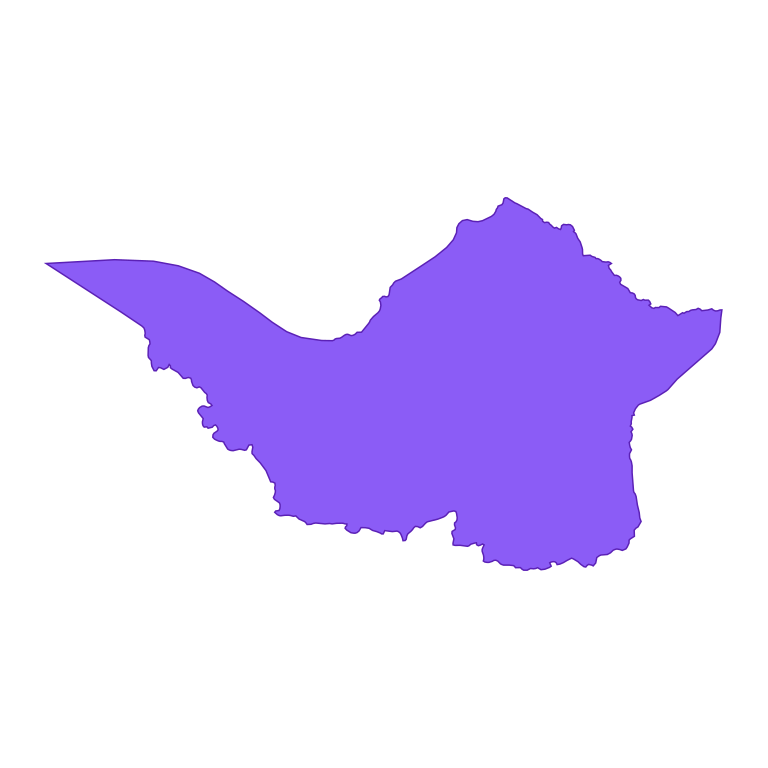 outline of Nyakach, Nyanza, Kenya
{"feature_id": "3690345B60685501176062", "entity_name": "Nyakach", "entity_type": "district", "adm_level": 2, "iso_a3": "KEN", "parent_name": "Kenya", "parent_adm1": "Nyanza", "projection": "mercator", "projection_center": [34.915, -0.319], "detail": "fine", "context": "isolated", "style": "filled", "palette": "violet", "viewbox_px": 768, "rotation_deg": 0, "n_neighbors": 0, "source": "geoboundaries", "source_scale": "gbopen_adm2", "svg_char_len": 6131}
<svg xmlns="http://www.w3.org/2000/svg" viewBox="0 0 768 768"><path d="M641.1,521.5L639.8,518.0L639.2,512.5L637.4,505.0L636.1,496.5L635.2,494.0L633.9,492.3L633.5,490.6L632.1,472.7L632.1,465.8L631.4,461.9L630.7,460.0L629.7,458.3L629.5,456.2L629.5,453.7L631.5,449.8L630.3,447.6L629.7,445.4L629.2,442.4L630.6,440.8L631.5,439.3L632.2,435.4L631.9,433.7L631.0,431.8L632.9,429.2L631.7,427.1L630.3,426.1L631.3,423.8L631.2,421.6L632.0,417.5L632.0,415.6L634.3,415.1L633.6,412.9L635.4,408.8L638.3,405.1L639.7,404.2L650.5,400.3L659.2,395.4L666.3,390.9L668.0,389.5L677.2,379.1L711.8,348.9L715.3,343.9L716.0,342.3L719.8,332.4L720.8,318.1L721.9,309.9L719.9,310.0L717.7,310.8L715.6,311.0L713.5,310.2L711.8,308.8L707.9,310.0L701.8,310.7L700.1,309.1L698.1,308.3L696.1,309.5L692.2,309.9L690.5,310.4L688.9,311.5L686.6,311.6L684.0,313.3L682.6,312.7L677.9,315.6L675.2,312.5L668.6,308.1L666.5,306.9L660.5,306.3L659.0,307.6L655.3,307.5L654.0,308.4L651.8,307.8L649.0,305.2L650.8,303.9L649.7,301.5L648.3,300.1L644.8,300.2L643.4,299.5L641.2,300.5L637.7,299.8L636.4,299.0L635.5,297.6L635.2,295.4L634.2,293.9L632.5,293.0L630.3,292.7L627.8,288.5L620.6,284.3L619.7,282.3L620.9,280.4L620.8,278.3L619.6,276.9L618.1,275.9L616.5,275.3L614.4,275.4L611.7,271.8L610.5,269.7L609.2,268.4L608.4,265.4L611.4,263.5L609.9,262.4L608.2,261.8L606.0,262.1L602.2,261.6L601.1,260.5L599.5,259.4L597.8,258.6L596.0,258.6L595.1,257.4L591.8,256.4L590.2,255.2L583.3,255.7L582.6,254.1L582.5,249.6L582.1,247.7L580.2,241.9L577.7,238.2L576.0,233.8L574.9,232.6L573.5,231.6L574.4,230.3L572.5,226.5L570.4,224.8L568.5,224.5L566.6,224.8L563.5,224.4L561.6,225.8L561.2,228.0L560.5,229.5L558.5,228.8L556.5,227.4L554.4,228.1L552.6,226.8L551.4,225.4L549.8,224.2L548.6,222.5L546.8,222.2L544.5,222.6L542.6,221.3L542.5,219.5L540.8,218.5L537.1,214.7L532.7,212.2L528.1,209.1L526.1,208.6L516.9,203.7L514.9,202.9L507.2,197.9L505.2,197.8L503.9,198.8L503.1,202.9L501.9,204.7L498.1,206.1L497.4,208.0L496.3,209.4L495.8,211.3L494.0,214.3L491.4,216.4L482.5,220.7L478.0,221.7L472.8,221.3L467.2,219.6L462.4,220.6L458.9,223.7L456.9,227.6L456.5,232.8L453.3,239.8L446.6,247.5L435.1,256.8L421.8,265.6L401.3,279.0L395.5,281.2L393.7,283.0L392.7,284.8L390.2,287.4L389.1,294.7L387.9,296.6L386.1,296.9L384.5,296.3L382.6,296.5L381.7,297.7L380.1,298.8L379.3,300.2L380.4,301.9L380.9,305.4L380.2,309.2L379.4,311.0L377.9,312.8L373.5,316.5L370.3,320.2L369.5,322.2L368.2,324.0L361.5,332.2L357.1,332.3L355.2,334.2L353.1,335.3L351.1,335.6L347.8,334.3L346.2,334.4L344.5,335.2L341.6,337.3L339.9,338.2L336.6,338.5L335.1,339.0L334.0,340.1L332.4,340.7L321.6,340.5L301.1,337.5L286.7,331.7L272.3,322.3L260.0,313.0L243.5,301.4L227.4,291.0L214.6,282.0L199.5,273.3L178.3,265.8L153.5,261.2L114.6,259.7L46.1,263.5L120.4,311.6L141.7,325.9L143.9,327.9L144.7,330.0L145.0,331.7L145.2,333.5L144.8,335.3L145.1,337.1L149.3,339.7L149.8,341.7L150.0,343.9L148.9,345.6L148.3,347.7L148.1,355.4L148.5,357.5L151.3,360.6L151.4,363.3L151.9,366.4L154.1,370.7L156.2,370.8L158.5,367.5L160.4,367.7L163.9,369.4L167.8,367.3L169.2,364.5L170.4,365.8L170.4,367.7L172.0,369.0L178.1,372.4L183.2,378.3L185.5,378.4L187.0,377.8L188.5,377.5L190.7,378.2L191.4,379.7L191.6,381.6L193.0,385.5L194.7,387.1L196.9,387.8L199.3,386.9L200.9,387.7L204.7,392.4L206.3,393.6L207.2,395.0L207.0,397.6L207.3,400.4L208.3,402.6L210.8,403.9L212.0,405.5L210.0,406.8L208.0,407.5L204.1,406.0L202.1,406.1L199.6,407.6L198.3,409.2L197.7,410.8L198.5,412.8L203.2,418.6L202.4,421.9L202.5,423.9L203.0,425.7L204.2,427.1L206.8,426.8L208.1,428.2L212.3,427.2L213.7,425.6L215.5,424.9L216.7,426.1L217.8,428.0L218.1,429.8L217.1,431.1L214.0,433.2L213.0,434.8L212.8,437.3L214.5,439.1L216.2,440.0L218.5,441.0L220.1,441.4L221.9,441.4L223.8,442.1L224.3,443.6L227.7,449.1L229.3,450.0L231.0,450.5L233.1,450.7L239.2,449.2L241.3,449.4L244.7,450.3L246.4,449.8L248.9,445.1L252.0,444.7L252.8,447.2L252.0,451.6L252.1,453.6L253.9,455.4L256.1,458.6L260.2,462.8L266.0,470.6L270.7,481.8L272.9,482.1L274.9,483.1L275.2,485.5L274.8,487.2L274.8,488.9L275.4,490.6L275.3,492.4L274.6,494.9L273.4,497.5L274.5,499.4L279.4,502.8L280.1,504.7L280.1,506.8L279.8,508.9L279.0,510.5L275.7,511.0L274.7,512.3L277.4,514.7L279.3,515.6L280.8,515.8L284.5,515.3L288.2,515.2L290.1,515.4L293.4,516.3L295.8,515.9L299.1,519.1L304.7,521.6L306.0,522.9L307.1,524.5L311.0,524.3L313.4,523.4L315.8,523.0L325.0,523.9L329.6,523.5L332.1,523.9L336.6,523.3L341.6,523.2L343.2,523.3L345.1,523.9L346.9,524.0L346.8,525.7L345.5,526.9L345.1,528.3L346.8,530.1L350.9,532.7L353.3,533.1L355.1,533.2L357.0,532.6L359.0,531.0L361.0,527.6L365.4,527.7L369.1,528.3L372.5,530.4L376.7,531.6L380.2,533.0L381.6,533.9L383.2,533.9L384.8,530.6L392.3,531.6L396.9,531.1L398.4,531.6L400.0,532.9L400.9,534.3L402.4,538.0L403.0,540.7L405.2,540.5L406.2,539.3L406.9,535.7L407.9,533.8L410.9,531.3L412.5,529.6L413.8,527.7L415.3,526.4L417.7,526.6L420.2,527.8L422.5,526.5L425.5,523.2L427.3,521.8L437.9,519.1L442.9,517.2L444.5,516.4L446.1,515.2L448.9,512.0L453.9,510.9L455.8,511.5L456.5,513.2L457.2,517.6L457.0,519.8L456.1,521.7L454.6,522.9L454.5,524.9L455.5,527.8L455.2,529.5L452.1,531.4L451.9,533.5L453.9,538.8L453.0,543.2L453.1,544.9L455.1,545.4L460.1,545.3L467.6,546.3L469.1,545.7L470.8,544.2L474.9,543.0L476.4,542.8L476.6,544.7L478.3,545.7L480.2,545.2L482.6,544.0L484.1,544.9L482.5,548.4L482.1,549.8L482.2,551.4L483.5,555.2L483.8,557.4L483.8,559.2L483.3,561.0L484.8,562.0L487.1,562.4L488.9,562.4L492.4,561.3L493.8,560.4L495.8,560.2L497.8,561.1L500.5,563.9L502.0,564.6L503.5,565.1L509.3,565.1L513.7,565.6L515.6,567.7L520.4,567.6L522.0,569.2L523.7,570.2L527.2,570.2L530.5,568.5L533.6,568.8L535.7,568.5L537.6,567.7L541.0,569.7L544.9,569.2L549.5,567.4L551.2,566.2L549.7,562.8L551.2,562.0L553.3,561.6L554.9,561.8L556.3,562.8L557.1,564.6L559.9,564.1L563.4,562.6L567.1,560.4L571.5,558.2L573.2,558.8L578.0,561.7L580.8,564.4L584.0,566.7L585.8,567.0L587.0,565.5L588.6,564.4L591.8,565.1L593.2,565.9L595.7,563.0L596.8,557.5L599.5,555.6L601.0,555.0L607.3,554.5L610.5,552.8L613.2,550.2L615.1,549.4L616.8,549.0L619.7,549.5L622.3,550.4L625.9,548.9L627.2,547.0L629.0,543.1L629.1,540.1L630.3,538.9L634.4,536.3L634.2,530.2L635.9,528.2L638.0,526.9L641.1,521.5Z" fill="#8b5cf6" stroke="#5b21b6" stroke-width="1.5"/></svg>